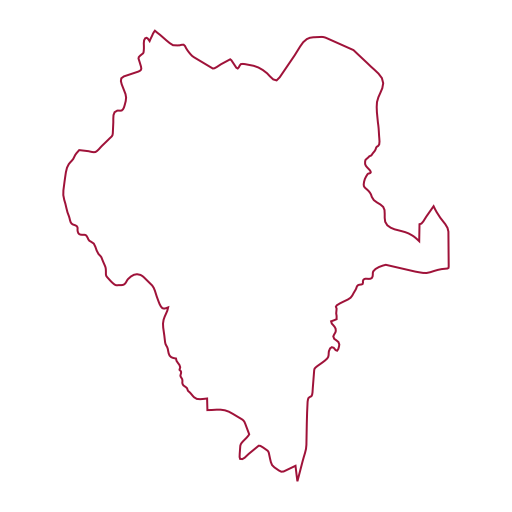 an SVG outline of Durango
{"feature_id": "MEX-2710", "entity_name": "Durango", "entity_type": "State", "adm_level": 1, "iso_a3": "MEX", "parent_name": "Mexico", "parent_adm1": "", "projection": "natural_earth1", "projection_center": [-104.93, 24.579], "detail": "fine", "context": "isolated", "style": "outline", "palette": "rose", "viewbox_px": 512, "rotation_deg": 0, "n_neighbors": 0, "source": "natural_earth", "source_scale": "10m", "svg_char_len": 5975}
<svg xmlns="http://www.w3.org/2000/svg" viewBox="0 0 512 512"><path d="M82.0,234.8L80.4,234.6L79.2,234.1L78.3,233.1L77.7,231.4L77.5,230.0L77.6,228.7L77.5,227.4L76.8,226.2L75.5,225.4L72.7,224.4L71.5,223.5L70.6,222.1L70.0,220.2L69.5,218.1L69.0,216.4L67.5,212.4L66.4,208.1L65.4,203.8L64.2,199.7L63.3,195.1L63.4,190.4L64.0,185.7L64.6,181.1L65.2,176.9L65.9,172.2L67.0,167.7L68.8,164.1L70.3,162.3L71.8,160.7L73.2,159.0L75.2,155.0L76.4,153.3L79.2,150.1L88.6,151.2L90.2,151.6L92.1,152.0L93.9,152.2L95.5,152.0L97.1,150.9L98.8,149.3L100.4,147.5L101.8,146.0L108.0,140.0L109.5,138.5L110.8,137.3L111.8,136.3L112.5,135.1L112.8,133.4L113.3,122.5L113.3,118.7L113.5,115.1L114.6,112.2L117.3,110.6L118.8,110.6L120.3,110.7L121.7,110.5L123.0,109.3L123.9,107.6L124.6,105.4L125.7,101.2L126.1,97.6L125.5,94.1L124.2,90.7L121.7,84.3L120.9,81.1L121.3,78.3L123.9,76.4L138.3,71.6L139.9,70.8L140.9,69.9L141.3,68.7L141.0,66.6L140.4,64.6L139.8,62.6L138.5,58.5L138.8,57.1L140.2,55.6L143.1,53.3L143.5,52.5L143.7,51.2L143.9,48.7L143.9,46.2L143.8,43.2L144.1,40.3L145.2,38.3L146.6,37.8L147.7,38.5L148.7,39.8L149.6,41.1L150.4,39.2L152.2,35.5L153.0,33.6L153.5,32.8L153.9,32.1L154.9,30.7L156.2,31.8L157.4,32.8L160.0,34.8L163.1,37.5L166.4,40.4L169.7,43.1L173.0,45.2L177.4,45.4L179.6,45.3L181.6,44.8L183.6,44.7L185.0,46.0L186.1,48.2L187.5,50.4L189.0,52.4L190.5,54.2L192.1,55.9L193.9,57.2L212.8,68.5L214.4,68.3L216.8,67.0L220.9,64.3L230.2,59.3L231.4,60.3L233.2,63.0L236.3,67.7L237.7,68.5L238.8,67.3L239.8,65.4L240.9,64.1L242.7,63.9L244.8,64.1L253.7,65.8L258.4,67.5L262.8,70.0L267.1,73.3L269.9,76.3L273.2,79.4L276.6,80.4L279.7,77.3L294.6,55.4L297.4,50.9L300.2,46.4L303.2,42.2L306.8,39.1L309.8,37.8L313.1,37.3L319.6,37.0L321.8,36.9L323.6,37.1L325.4,37.6L327.5,38.5L353.5,50.1L357.6,54.0L364.2,60.2L367.5,63.3L370.8,66.5L374.4,69.7L378.5,73.6L381.9,78.1L383.2,83.2L382.3,88.2L380.4,92.7L378.4,97.2L377.0,102.0L376.7,107.0L376.9,112.2L377.4,117.4L377.9,122.4L378.3,125.3L378.6,128.2L378.8,131.0L379.1,136.0L379.3,138.4L379.5,141.6L379.2,144.4L378.2,145.9L376.7,146.8L376.0,148.0L375.6,149.4L374.7,151.0L373.2,152.8L372.5,153.7L371.8,154.8L371.2,155.5L370.2,155.9L369.3,156.3L368.5,157.2L367.4,158.2L366.3,159.1L365.4,160.1L365.1,161.7L365.1,164.0L365.8,165.7L366.9,167.1L369.0,169.3L369.9,170.3L370.6,171.5L370.7,172.5L370.1,173.1L369.3,173.4L368.3,173.6L367.6,174.1L366.1,176.5L364.9,178.9L364.1,181.6L363.7,184.4L363.9,186.1L364.6,187.3L365.6,188.3L366.8,189.3L368.5,190.9L369.9,192.6L371.0,194.5L371.8,196.9L373.8,200.1L376.9,202.4L380.4,204.5L383.2,206.9L384.5,210.0L384.7,213.8L384.7,217.9L385.2,221.8L387.3,225.3L390.7,227.7L394.5,229.3L398.0,230.2L401.5,231.1L405.1,232.1L408.5,233.4L411.8,235.2L413.7,236.4L415.6,237.9L417.5,239.6L419.2,241.2L419.5,224.2L421.4,223.6L423.3,221.4L426.3,216.6L433.6,206.2L435.1,209.3L436.7,212.2L438.5,215.0L440.3,217.8L445.3,224.2L447.5,227.9L448.4,231.6L448.7,266.5L448.5,267.9L447.5,268.5L441.6,269.1L437.8,269.9L434.0,271.0L430.3,272.2L426.5,273.0L422.9,272.9L419.2,272.3L415.3,271.6L385.8,264.8L382.8,265.6L379.0,267.0L375.5,269.0L373.2,271.4L372.8,273.0L372.8,274.7L372.6,276.4L371.9,277.9L370.6,278.7L368.9,278.9L365.7,278.7L364.4,279.0L363.4,279.8L362.9,281.1L363.0,282.7L362.5,284.1L361.3,284.5L359.7,284.7L358.3,285.0L357.2,286.0L356.6,287.2L356.2,288.5L355.5,289.9L353.7,292.9L352.3,295.5L350.6,297.7L347.9,299.5L343.3,301.7L339.9,303.4L336.8,305.3L335.9,306.7L336.6,308.7L336.4,311.0L336.2,313.4L336.6,316.0L336.6,319.2L333.7,320.4L331.1,321.3L331.8,323.6L333.2,325.1L334.6,326.8L335.6,328.7L335.8,330.9L335.4,332.4L334.6,333.7L333.9,335.0L333.3,336.4L334.2,338.8L336.3,340.3L338.4,342.0L339.3,344.5L339.0,346.5L338.3,349.0L337.1,350.7L335.6,350.1L333.7,347.8L331.8,347.2L330.1,348.4L328.9,351.2L328.7,353.1L328.6,355.1L328.2,356.9L327.2,358.5L324.9,360.6L322.4,362.5L317.3,366.1L315.6,367.5L314.6,368.6L314.2,370.1L314.0,372.6L312.8,387.9L312.5,392.4L312.1,394.8L311.4,396.2L309.6,397.1L308.5,398.0L308.0,399.3L307.6,401.7L307.1,412.5L306.8,423.3L306.4,444.9L306.0,448.9L305.0,453.0L303.8,457.0L302.7,460.9L297.4,481.3L296.9,477.4L296.4,473.5L295.5,465.8L283.6,471.5L281.3,471.7L278.9,470.5L274.3,467.3L272.1,465.1L270.9,462.2L270.1,458.9L269.1,454.2L268.8,452.8L268.3,451.6L267.6,450.7L265.8,449.4L263.1,447.5L260.4,445.9L258.7,445.7L248.7,453.9L246.9,455.6L244.7,457.7L242.3,459.1L240.1,458.9L239.6,457.0L239.7,454.0L240.3,445.8L240.8,444.2L241.7,442.8L243.3,441.0L246.6,437.7L248.4,435.6L249.2,434.3L245.3,423.9L244.4,421.8L243.5,420.6L242.4,419.6L240.6,418.5L236.9,416.3L232.9,413.9L228.9,411.7L224.9,410.3L220.7,409.7L216.2,409.7L211.7,410.0L207.4,410.1L207.1,398.5L203.7,398.9L200.2,399.2L196.8,398.9L194.0,397.2L192.7,395.8L191.3,394.1L189.9,392.5L188.6,391.4L188.0,390.8L187.6,389.9L187.3,389.0L187.0,388.2L185.8,387.1L184.5,386.2L183.3,385.3L182.5,383.8L182.3,382.7L182.4,381.6L182.4,380.4L182.2,379.2L181.5,378.0L180.8,376.9L180.4,375.8L180.7,374.3L181.0,373.3L181.1,372.2L180.9,371.3L179.5,369.8L179.7,369.0L180.0,368.1L180.2,367.2L179.4,364.9L177.9,362.9L176.5,360.8L176.0,358.5L174.7,358.3L173.4,358.0L172.2,357.6L171.0,357.0L169.6,355.6L168.7,353.5L168.2,351.2L167.8,349.0L167.2,347.2L166.3,345.6L165.5,344.0L165.1,342.3L164.3,335.5L163.2,327.6L163.0,323.6L163.6,319.7L164.7,316.6L166.0,313.7L167.3,310.7L168.1,307.4L166.0,308.2L164.1,308.6L162.4,308.2L160.9,306.5L159.6,304.1L158.6,301.6L156.7,296.4L154.9,290.7L153.7,287.8L152.2,285.5L144.0,277.4L143.1,276.6L142.3,276.0L141.3,275.4L140.4,274.9L137.0,274.2L133.9,274.8L130.9,276.5L128.1,279.0L127.1,280.3L126.3,281.8L125.4,283.2L124.3,284.3L123.0,284.9L121.6,285.1L120.2,285.1L118.8,285.1L117.0,285.3L115.7,285.1L114.5,284.5L112.9,283.2L111.4,281.8L109.9,280.2L107.1,277.1L106.2,275.8L105.9,274.3L105.9,272.7L105.9,271.1L105.8,269.0L105.5,267.3L104.9,265.7L103.1,261.6L102.6,260.4L102.1,259.1L101.4,257.3L100.6,256.2L98.5,254.0L96.7,250.6L95.4,246.9L93.8,243.6L91.0,241.7L89.4,240.8L88.4,239.5L87.7,237.9L86.7,236.1L85.7,235.1L84.5,234.8L82.0,234.8Z" fill="none" stroke="#9f1239" stroke-width="2"/></svg>